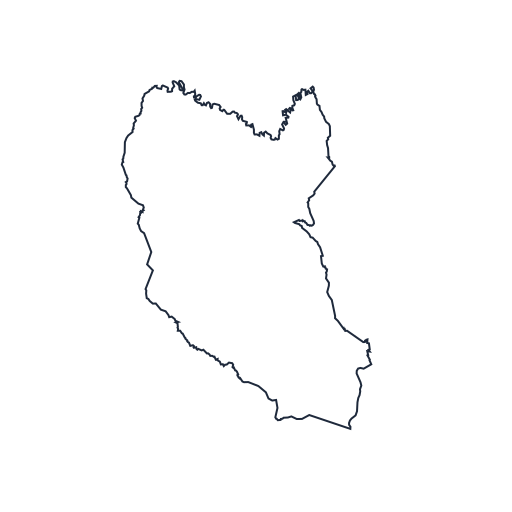 outline of Chatturat, Chaiyaphum, Thailand, rotated 338°
{"feature_id": "78962969B33448846047594", "entity_name": "Chatturat", "entity_type": "district", "adm_level": 2, "iso_a3": "THA", "parent_name": "Thailand", "parent_adm1": "Chaiyaphum", "projection": "equal_earth", "projection_center": [101.87, 15.566], "detail": "fine", "context": "isolated", "style": "outline", "palette": "slate", "viewbox_px": 512, "rotation_deg": 338, "n_neighbors": 0, "source": "geoboundaries", "source_scale": "gbopen_adm2", "svg_char_len": 6073}
<svg xmlns="http://www.w3.org/2000/svg" viewBox="0 0 512 512"><g transform="rotate(338 256 256)"><path d="M214.7,416.4L217.4,417.2L218.0,416.4L219.6,416.8L221.0,416.3L225.1,417.7L228.7,418.0L232.7,422.4L237.6,424.3L245.8,423.4L278.7,451.6L279.6,449.7L279.1,447.4L279.7,445.7L281.5,443.7L283.7,442.5L288.6,441.1L291.5,437.8L295.3,429.6L297.7,425.9L299.9,423.8L301.9,420.6L302.5,418.5L305.1,415.6L305.6,412.2L305.3,402.6L306.4,400.2L308.5,398.6L310.9,398.9L313.6,400.8L322.3,399.6L322.2,395.1L322.7,394.7L322.1,389.9L322.9,389.9L323.5,385.9L325.7,387.2L325.2,385.1L326.5,385.1L328.0,379.3L326.5,378.3L328.1,375.1L326.8,375.0L326.3,376.6L325.2,375.6L324.6,376.5L323.2,376.0L312.4,359.4L310.7,358.9L310.9,356.9L310.1,356.8L310.3,355.5L309.8,355.5L307.6,346.8L306.0,343.3L306.9,341.2L309.8,325.2L308.6,320.3L308.5,316.1L312.4,310.9L313.6,308.1L312.5,303.0L314.4,299.8L314.7,297.6L315.7,297.0L316.9,295.0L315.9,293.9L316.1,292.7L315.5,292.2L315.9,291.4L314.4,290.9L314.2,287.6L316.2,280.5L318.0,280.8L318.7,271.9L317.9,268.3L318.1,265.9L317.0,264.5L315.4,260.2L313.6,259.0L313.5,255.8L312.2,252.2L309.3,247.3L309.6,245.2L308.4,244.2L308.0,242.7L304.5,240.0L303.8,238.9L309.3,238.7L309.5,239.8L311.8,240.3L312.2,241.1L312.8,240.6L313.1,241.5L314.2,242.0L314.1,243.3L315.0,244.2L315.4,246.5L316.6,247.0L317.3,248.2L318.3,248.0L319.0,248.8L320.6,248.5L322.0,247.5L322.6,245.1L322.3,236.6L323.1,232.2L322.8,230.1L324.2,226.6L323.9,225.7L326.2,224.2L326.5,222.3L331.8,221.2L333.7,220.1L334.1,218.2L362.8,202.3L362.8,201.5L361.7,201.2L361.3,199.9L361.7,197.0L360.6,195.5L359.5,191.8L360.6,192.5L361.0,191.6L360.6,190.6L363.2,183.0L363.5,179.8L364.6,175.8L366.7,174.8L366.9,173.3L369.8,172.3L373.1,163.3L373.0,161.0L371.2,157.8L370.9,153.9L371.4,152.2L370.7,150.0L370.7,147.2L370.0,144.4L371.1,140.6L369.7,138.7L369.5,137.6L370.9,133.3L370.5,131.1L370.6,129.9L371.2,129.7L371.2,128.2L370.5,127.5L370.6,125.6L371.1,124.3L372.0,123.7L372.5,121.4L372.0,120.2L369.4,121.0L370.1,123.6L369.6,125.2L368.1,125.7L367.0,125.3L366.4,122.4L364.7,123.0L364.5,125.1L362.5,125.3L364.1,120.3L362.3,119.8L361.2,118.5L360.5,118.7L359.5,120.8L358.2,121.5L357.4,125.9L355.7,127.4L355.4,126.9L356.2,125.7L356.1,124.2L356.9,122.2L356.7,120.9L354.6,121.7L355.0,124.8L354.3,126.4L353.1,127.0L351.6,126.5L352.9,121.8L350.1,122.1L349.0,125.5L349.0,129.5L347.9,130.6L346.0,130.4L345.2,132.1L345.1,134.8L344.5,134.7L344.0,132.4L342.8,131.4L341.9,131.9L342.9,132.6L342.9,133.6L341.4,135.7L339.0,131.1L337.8,131.4L338.2,133.7L337.6,134.5L335.5,131.8L334.9,131.7L333.8,135.7L336.7,136.2L338.3,139.1L337.8,139.8L335.3,139.0L334.5,144.9L332.7,145.5L332.3,144.2L332.8,142.3L331.9,141.9L329.5,143.8L329.8,148.2L329.0,149.4L328.0,149.6L326.0,147.3L324.3,149.0L323.5,151.9L322.4,152.7L321.1,155.9L319.6,156.1L318.2,154.0L317.0,155.1L315.9,154.9L314.0,153.7L313.8,151.9L314.9,150.6L314.8,149.2L312.5,146.6L311.6,144.3L309.7,144.7L308.4,147.3L307.5,145.7L307.3,143.2L305.5,143.2L304.2,145.8L302.4,143.6L300.2,142.8L300.2,141.0L301.4,138.1L302.1,132.4L300.8,132.4L300.5,134.3L299.8,134.6L298.5,132.3L295.9,131.3L296.1,129.8L297.4,129.1L297.7,128.2L294.4,125.7L294.2,124.1L295.2,122.1L295.2,120.5L294.2,120.2L291.0,122.6L290.8,119.2L292.2,118.2L292.3,117.5L291.7,116.2L290.0,115.1L289.7,113.8L288.4,113.4L285.4,114.5L282.5,113.3L281.3,108.6L280.6,108.2L279.0,109.1L277.4,107.1L277.6,105.5L279.0,104.6L278.4,102.2L274.3,99.2L272.5,99.2L270.7,102.1L269.8,102.1L269.5,100.3L270.4,97.7L269.6,95.7L267.9,95.7L266.0,97.6L265.2,96.7L264.9,94.8L263.1,96.2L262.1,95.8L262.0,93.7L259.5,92.1L257.8,89.2L257.8,88.2L259.1,88.1L262.0,89.9L264.7,87.4L264.6,85.8L263.7,85.2L260.6,85.7L259.5,86.6L257.9,85.8L258.2,84.7L259.3,84.4L260.3,83.2L261.1,79.7L259.7,80.5L258.0,79.7L255.6,80.1L254.0,79.3L251.3,80.0L250.1,79.4L249.7,77.6L252.1,74.9L252.4,72.5L253.4,70.0L252.4,66.0L250.8,65.0L249.6,65.9L250.5,74.1L249.6,74.8L248.1,73.9L247.6,72.9L248.6,69.1L246.9,64.9L245.3,63.1L244.2,63.0L243.7,63.9L243.8,68.0L240.9,69.5L239.9,71.8L238.6,71.8L235.6,70.7L235.8,69.6L237.2,67.9L237.2,66.8L233.5,63.0L232.4,63.2L230.7,65.6L227.3,63.3L227.0,61.8L227.6,61.0L225.9,60.4L223.8,61.5L222.9,61.1L222.2,62.0L219.5,62.2L218.6,63.3L213.4,64.0L212.4,65.5L209.8,67.4L209.3,69.9L207.2,71.2L206.1,74.1L206.0,75.9L204.6,76.7L204.1,78.5L202.7,79.6L202.4,80.7L201.5,80.6L200.8,81.7L199.6,82.0L196.2,81.7L195.2,82.7L195.4,85.6L192.2,87.3L191.8,89.0L190.0,91.4L190.2,92.1L188.6,93.0L188.0,94.8L182.6,96.4L180.1,98.1L177.1,101.3L172.9,111.1L170.3,114.2L169.4,116.0L168.5,116.4L168.1,119.1L167.4,119.0L165.8,121.0L166.2,124.2L165.7,132.1L166.1,132.7L165.7,134.7L166.0,136.0L164.5,138.4L163.0,138.7L163.3,139.5L162.9,140.8L161.9,141.4L161.1,143.4L161.7,144.9L162.8,152.7L162.3,155.2L166.6,163.4L170.2,166.6L170.1,169.0L168.6,170.6L168.9,171.4L167.8,171.4L167.3,172.7L166.1,171.4L165.8,172.3L165.2,172.0L165.1,173.0L164.6,173.0L163.7,174.7L161.7,176.0L162.2,176.8L158.5,181.7L159.0,183.1L158.5,186.9L158.8,189.9L160.8,192.9L160.4,213.1L151.9,223.0L155.0,230.7L141.2,245.3L141.4,246.8L140.0,249.7L138.9,254.2L140.1,255.5L140.6,257.9L142.5,261.5L145.3,262.5L147.7,270.1L151.5,273.4L152.7,278.0L152.6,280.2L155.1,280.6L157.0,284.0L157.0,285.8L159.1,288.0L156.9,287.7L158.0,289.0L157.0,292.5L156.4,293.0L156.5,294.4L155.5,296.0L157.7,296.9L158.3,299.9L159.0,300.5L159.4,305.0L159.8,305.5L159.6,306.4L160.7,308.6L160.3,309.3L160.6,310.2L161.4,311.2L161.4,314.7L164.1,315.1L164.7,316.3L163.9,317.2L164.0,317.8L166.4,318.2L166.0,319.8L166.5,320.9L167.7,320.5L170.3,323.2L172.1,323.2L174.0,328.0L175.1,328.3L176.0,329.9L176.2,331.5L178.1,332.2L179.3,334.0L179.8,333.9L179.9,337.1L181.8,337.1L181.2,338.2L182.9,340.4L182.8,343.4L184.7,343.9L184.9,346.0L186.6,345.2L188.2,345.7L191.0,344.7L193.8,346.5L194.1,348.3L192.6,350.2L193.1,351.3L193.7,351.2L193.8,354.2L194.6,354.8L195.0,356.2L195.1,359.1L194.3,359.2L194.0,359.9L194.6,361.6L194.3,362.0L195.1,363.6L195.6,363.4L196.4,367.3L197.6,368.5L201.6,370.0L209.5,377.5L214.1,386.1L214.2,392.8L216.9,396.1L220.7,397.0L219.0,404.9L213.5,412.8L213.7,414.4L214.2,414.6L214.7,416.4Z" fill="none" stroke="#1e293b" stroke-width="2"/></g></svg>